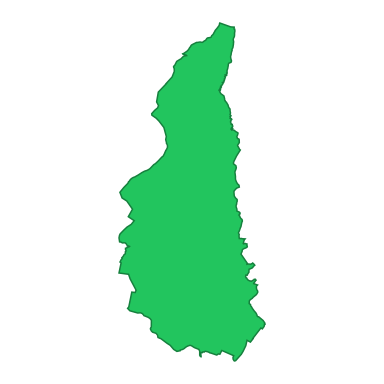 Calinesti, Arges, Romania
{"feature_id": "2599482B19078285057883", "entity_name": "Calinesti", "entity_type": "district", "adm_level": 2, "iso_a3": "ROU", "parent_name": "Romania", "parent_adm1": "Arges", "projection": "robinson", "projection_center": [25.03, 44.892], "detail": "fine", "context": "isolated", "style": "filled", "palette": "green", "viewbox_px": 384, "rotation_deg": 0, "n_neighbors": 0, "source": "geoboundaries", "source_scale": "gbopen_adm2", "svg_char_len": 5983}
<svg xmlns="http://www.w3.org/2000/svg" viewBox="0 0 384 384"><path d="M201.1,356.7L200.8,353.9L201.1,352.5L202.4,352.6L202.5,352.2L202.8,351.9L203.1,351.8L204.1,352.1L204.4,351.7L205.2,351.3L207.4,351.7L208.8,352.2L209.9,352.9L211.0,353.1L216.6,355.0L217.2,354.8L218.3,353.9L219.9,354.2L221.5,351.1L221.7,350.5L221.9,350.5L233.7,355.7L233.0,357.4L233.1,359.1L234.0,360.7L234.7,361.0L235.7,360.6L241.3,354.3L243.1,351.3L245.8,345.7L247.0,340.3L250.4,342.1L253.1,338.7L252.8,338.5L260.9,328.0L262.3,328.9L264.0,326.6L264.3,325.8L264.5,323.9L265.0,324.0L264.8,323.0L263.1,320.5L258.7,316.8L257.7,316.6L257.1,315.8L256.8,314.6L255.9,312.9L254.0,310.7L252.3,308.3L251.5,306.8L250.7,305.9L250.5,304.5L249.2,303.6L249.3,301.0L249.7,300.4L250.3,299.7L252.3,298.3L253.1,297.3L256.4,294.6L257.7,292.4L257.7,291.1L256.7,289.5L256.4,287.9L256.5,286.0L257.5,285.0L253.7,283.6L254.1,282.7L255.0,281.6L255.8,280.3L256.0,280.2L255.5,279.3L254.2,279.3L254.0,279.7L251.2,281.3L250.6,281.0L249.4,280.8L247.9,279.9L247.1,278.9L246.6,277.9L246.0,277.8L245.6,276.5L245.9,275.1L247.2,275.2L247.7,274.0L248.9,272.3L249.0,269.9L249.2,269.1L250.2,268.9L252.3,267.9L253.1,267.0L253.2,266.6L254.8,265.2L253.7,263.9L252.7,263.0L252.0,263.6L250.6,264.2L248.3,264.0L246.9,264.3L246.9,264.0L247.3,263.3L241.0,254.1L242.1,251.4L242.3,249.9L243.5,248.8L245.9,247.9L247.1,247.1L247.3,246.6L247.2,246.0L246.8,245.4L247.0,245.0L246.9,243.9L246.2,243.9L245.4,243.5L243.5,243.8L243.2,243.4L243.6,242.6L243.8,241.1L244.3,239.9L245.1,238.9L243.8,238.8L243.8,239.1L241.7,238.5L239.3,238.5L239.0,236.0L239.2,234.4L238.6,233.4L238.5,232.5L239.3,231.0L240.4,227.7L240.9,226.8L241.8,222.5L242.4,221.0L242.0,219.4L240.9,218.5L240.2,217.4L239.6,215.9L239.0,215.2L239.2,214.4L239.8,214.2L239.8,213.4L240.1,213.1L239.5,212.2L236.9,211.0L236.9,209.1L236.1,206.8L236.1,205.4L236.7,203.9L236.6,203.0L237.2,201.1L237.1,199.4L235.9,198.4L234.4,196.3L234.2,195.4L233.9,191.8L234.3,190.7L236.3,188.5L237.0,188.0L239.3,187.1L239.0,185.2L237.4,183.7L236.5,182.0L235.6,179.9L235.4,177.9L235.5,177.1L235.4,175.9L234.9,172.2L235.1,171.2L235.9,169.3L236.3,167.7L235.9,165.7L233.5,163.8L233.5,162.7L233.9,161.4L236.6,155.9L240.3,150.0L239.6,149.4L238.2,146.7L237.8,146.3L237.6,145.5L237.8,144.8L239.0,143.1L239.3,142.5L239.2,139.9L239.1,139.3L238.8,139.0L237.5,138.5L236.8,136.6L237.5,135.2L238.0,133.4L237.9,132.8L235.4,131.4L234.6,130.5L232.5,129.7L231.8,130.1L231.0,129.1L231.2,128.6L231.9,128.9L232.7,128.4L232.4,128.0L231.6,127.8L231.7,127.5L232.4,127.0L232.8,126.1L232.2,125.1L232.3,124.4L231.2,124.3L231.1,123.3L230.6,122.4L230.5,121.7L231.0,121.0L230.8,120.3L231.8,119.5L231.7,119.1L231.0,118.5L230.1,118.3L230.3,117.4L230.3,116.8L230.1,116.6L231.0,115.9L231.0,115.6L230.0,114.7L230.5,113.0L230.1,111.1L230.0,109.0L228.7,107.4L227.9,104.7L227.0,103.4L226.5,102.3L225.5,101.5L225.2,100.7L224.7,100.2L224.6,98.7L223.9,95.9L220.9,93.7L219.8,91.9L219.8,91.4L220.2,90.5L219.4,90.4L219.2,90.6L219.0,90.4L219.0,90.1L219.5,89.6L220.2,89.5L220.2,89.1L220.4,89.0L220.1,88.7L220.5,88.3L220.2,88.0L220.5,87.7L220.9,87.8L221.4,87.0L221.3,86.8L220.7,86.9L220.6,86.4L221.4,85.9L221.4,85.3L222.2,85.0L222.6,84.3L222.9,83.4L222.8,83.2L223.0,83.1L222.7,82.7L223.2,82.7L223.6,82.4L223.3,82.0L224.2,81.0L224.0,80.2L224.5,80.0L224.8,78.7L224.7,78.6L224.9,78.5L225.3,77.5L224.7,76.5L224.8,76.3L225.4,76.3L226.1,75.7L225.6,75.6L225.8,75.4L225.5,75.0L225.9,75.0L226.1,74.7L226.7,74.8L226.7,74.2L226.9,73.7L226.7,73.7L226.6,72.9L227.1,72.6L227.0,70.6L227.7,68.6L228.3,65.2L228.3,64.2L229.0,63.1L231.0,62.4L231.4,61.4L231.5,60.9L230.9,58.9L230.6,57.0L230.7,56.0L231.1,54.7L231.2,53.6L231.6,51.7L232.1,50.6L232.0,49.4L232.9,47.6L233.0,46.9L233.5,43.8L233.4,42.7L233.7,42.1L233.2,39.4L233.7,37.8L234.3,36.8L234.5,35.7L234.6,33.5L234.4,33.1L234.7,32.4L234.9,31.0L234.7,29.2L234.2,29.1L234.0,28.0L234.2,27.6L234.2,27.1L230.7,26.9L219.8,23.0L219.4,24.1L219.4,24.6L219.2,25.4L216.8,28.6L215.3,30.3L214.9,31.0L214.9,31.3L214.2,32.3L213.1,34.4L211.7,35.7L211.2,36.9L210.7,37.4L207.7,37.9L206.9,38.4L205.6,40.3L204.4,40.9L202.5,42.3L202.1,42.4L200.1,42.0L197.7,42.4L196.6,42.4L192.0,44.7L191.1,45.4L190.6,46.5L189.6,47.7L188.6,49.5L187.1,51.1L183.8,53.4L182.7,53.8L182.9,54.1L186.2,55.1L186.6,55.6L183.6,56.2L180.7,59.1L179.9,59.4L176.7,61.4L174.8,65.2L173.6,66.4L173.7,67.6L174.2,68.4L174.3,71.4L172.1,77.0L166.1,83.6L166.3,83.7L158.3,92.1L156.6,101.9L158.5,105.6L157.6,107.9L154.6,110.4L151.7,113.7L151.9,115.2L156.2,118.2L159.1,121.2L163.9,127.5L166.3,136.5L165.7,139.6L166.5,142.8L166.5,143.6L167.0,144.1L167.4,145.2L167.5,147.3L166.7,149.1L165.7,150.7L164.2,154.2L163.0,156.3L161.8,157.1L158.3,160.9L156.1,163.0L155.2,163.8L153.8,164.6L150.0,168.6L148.7,169.5L147.0,170.4L144.5,171.2L141.9,172.6L138.4,174.9L134.5,177.1L133.4,177.4L131.7,178.4L130.4,179.5L129.2,181.3L128.5,181.8L127.9,183.3L123.8,187.5L119.9,192.3L122.1,198.0L126.8,201.0L132.5,209.2L128.3,216.7L134.2,220.7L131.2,224.4L127.1,227.0L124.1,229.8L120.2,233.8L119.5,235.3L119.0,237.9L119.6,241.9L121.0,242.1L122.3,242.9L124.9,242.8L125.3,243.0L126.2,243.7L126.6,244.6L127.3,245.5L129.5,246.4L129.1,246.8L128.1,247.1L127.2,247.2L126.5,247.0L127.0,247.3L127.0,247.8L125.5,248.3L125.6,248.7L125.5,249.7L126.0,250.4L126.1,250.9L125.3,251.8L125.4,253.3L125.2,253.9L124.4,254.4L123.7,255.2L123.3,256.2L121.8,257.8L122.2,258.6L121.0,259.9L120.3,261.6L120.0,262.0L121.1,262.9L119.0,273.0L128.6,274.3L130.1,278.8L135.6,289.2L136.1,290.4L135.7,291.0L135.3,292.5L131.8,292.1L128.8,306.9L127.6,308.4L129.9,310.8L137.7,313.0L140.4,312.8L142.2,313.5L143.3,314.6L143.9,315.6L148.2,317.3L150.1,318.6L151.4,320.4L151.3,327.0L150.7,327.9L150.4,328.9L151.3,330.9L152.6,332.2L156.0,333.3L157.5,335.0L158.0,337.5L161.1,338.8L167.2,343.4L170.2,345.3L173.7,349.4L176.9,351.4L180.2,350.7L180.2,350.1L182.7,349.4L184.4,348.4L185.2,347.6L186.8,346.5L188.4,345.8L190.0,345.3L191.4,345.7L194.4,347.6L198.9,349.4L199.7,351.3L199.7,355.1L200.2,356.2L200.8,356.7L201.1,356.7Z" fill="#22c55e" stroke="#15803d" stroke-width="1.5"/></svg>